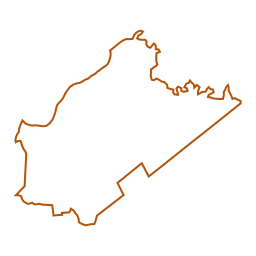 outline of Candelaria, Misiones, Argentina
{"feature_id": "61730980B89234879698161", "entity_name": "Candelaria", "entity_type": "district", "adm_level": 2, "iso_a3": "ARG", "parent_name": "Argentina", "parent_adm1": "Misiones", "projection": "equal_earth", "projection_center": [-55.57, -27.449], "detail": "fine", "context": "isolated", "style": "outline", "palette": "amber", "viewbox_px": 256, "rotation_deg": 0, "n_neighbors": 0, "source": "geoboundaries", "source_scale": "gbopen_adm2", "svg_char_len": 3232}
<svg xmlns="http://www.w3.org/2000/svg" viewBox="0 0 256 256"><path d="M237.5,99.6L234.8,98.1L232.4,98.9L231.2,95.5L228.6,90.5L228.7,87.5L228.0,85.1L226.2,86.9L225.2,89.7L223.7,92.2L223.9,95.0L223.1,98.3L223.0,98.9L222.3,98.9L220.4,99.0L216.6,98.8L213.1,98.4L212.8,98.3L210.5,97.4L208.0,97.0L208.7,94.8L209.9,94.3L211.0,93.7L213.6,92.4L212.9,89.5L210.5,89.2L208.6,87.1L207.0,89.0L205.7,91.6L202.0,92.0L199.8,93.4L198.0,94.3L198.0,93.3L198.0,91.1L198.7,89.4L199.6,87.2L196.9,84.9L194.3,87.7L194.0,84.7L191.7,82.6L190.0,80.5L188.8,82.9L186.4,83.6L184.4,87.2L185.7,87.8L186.8,88.2L187.6,90.9L185.9,91.3L183.7,91.8L181.3,90.8L181.3,88.2L178.2,86.7L176.4,88.5L177.1,90.8L177.7,92.6L177.9,94.8L174.3,94.3L174.2,94.2L173.2,92.3L173.3,89.6L169.8,88.8L167.4,87.9L167.1,84.9L164.5,82.2L162.0,81.7L158.6,79.5L156.2,78.6L154.1,80.2L151.7,79.7L151.1,77.4L150.6,75.6L151.0,73.3L151.0,73.0L151.1,72.6L151.0,69.6L154.1,67.1L156.0,66.0L156.3,65.7L157.4,64.5L156.4,61.7L156.2,58.1L156.2,57.4L156.5,53.3L156.5,53.2L159.9,51.8L158.4,49.4L155.9,49.3L155.6,45.2L153.9,43.5L152.1,45.6L150.3,47.8L147.9,46.8L146.6,45.0L146.2,44.5L146.3,44.2L146.5,41.5L145.4,39.9L139.5,39.6L137.1,38.3L137.3,38.1L138.6,35.3L140.6,34.4L141.0,34.2L142.9,31.6L140.5,30.7L138.0,31.5L135.9,33.1L134.2,35.0L133.6,36.6L132.6,38.9L132.4,38.9L128.8,39.2L126.3,39.0L122.8,40.6L120.5,42.1L117.4,44.6L116.6,45.2L113.1,48.1L112.8,48.3L110.0,50.6L110.3,51.3L110.6,52.4L110.6,54.0L110.5,55.6L110.3,56.4L110.2,57.6L109.9,58.4L109.1,61.1L108.5,62.5L107.7,64.0L106.4,65.3L105.0,66.3L103.5,67.2L102.5,68.0L101.4,68.7L100.1,69.8L98.9,70.7L98.2,71.1L97.5,71.6L96.2,72.9L94.5,74.2L91.6,75.7L89.2,77.7L88.3,78.5L87.4,78.9L85.9,79.4L84.1,80.4L80.4,82.6L78.6,83.1L77.0,83.3L75.6,83.7L74.9,84.0L73.8,84.4L72.9,84.7L71.9,85.7L70.9,86.2L70.1,86.9L69.2,87.9L68.3,89.2L67.2,90.5L66.2,92.2L65.2,93.6L64.4,95.3L63.5,97.1L62.8,98.3L62.0,99.4L61.2,100.6L60.1,101.6L58.5,103.2L58.4,103.4L57.7,104.3L57.0,105.6L56.4,107.5L55.8,109.9L55.5,111.7L55.0,113.4L53.4,117.6L52.4,119.8L51.6,120.8L51.0,121.7L49.5,123.4L48.1,124.6L46.3,125.8L44.9,126.0L43.6,126.3L41.8,126.1L39.8,125.8L35.9,125.3L34.2,125.4L32.5,125.5L30.8,125.3L29.1,124.9L27.9,124.5L26.1,123.8L24.9,123.0L24.0,121.9L23.8,121.9L22.7,120.7L22.4,120.4L22.1,121.0L21.8,121.8L21.6,122.3L20.9,124.0L20.4,125.1L19.9,126.2L19.1,129.0L18.9,131.2L18.8,131.9L17.7,133.5L17.2,134.3L16.0,137.0L15.4,139.9L15.8,142.2L18.1,141.0L20.6,140.9L21.5,143.6L22.4,146.4L23.6,149.1L25.3,151.3L26.3,154.5L26.2,155.3L26.1,157.0L24.6,186.2L15.9,195.2L18.7,195.3L20.0,195.7L21.2,196.1L21.9,198.9L23.5,201.3L25.7,202.8L28.1,203.9L30.5,203.3L32.2,202.7L34.4,204.3L36.8,204.3L39.3,203.7L42.1,204.6L52.2,205.2L53.6,215.5L62.1,214.8L61.9,212.9L69.2,212.4L70.3,210.8L70.9,208.7L73.9,210.8L75.4,213.2L77.2,215.3L78.7,219.2L78.9,222.3L81.8,223.9L85.5,225.3L88.0,224.8L90.4,224.3L93.0,224.1L94.3,224.0L95.0,222.3L95.5,221.2L95.6,220.9L96.2,218.5L97.0,215.6L119.9,197.9L120.3,197.6L123.6,195.1L118.5,184.9L117.5,182.9L138.7,165.7L139.8,164.8L141.8,163.2L148.7,176.5L162.5,165.6L192.7,141.5L193.2,141.1L204.4,132.3L236.7,106.5L237.4,105.9L238.0,105.4L238.5,105.1L239.5,104.3L240.5,103.5L240.6,102.2L240.6,101.0L239.0,100.3L237.5,99.6Z" fill="none" stroke="#b45309" stroke-width="2"/></svg>